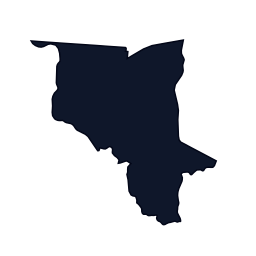 Savanes, Robinson projection, rotated 351°
{"feature_id": "TGO-90", "entity_name": "Savanes", "entity_type": "Region", "adm_level": 1, "iso_a3": "TGO", "parent_name": "Togo", "parent_adm1": "", "projection": "robinson", "projection_center": [0.453, 10.505], "detail": "fine", "context": "isolated", "style": "filled", "palette": "ink", "viewbox_px": 256, "rotation_deg": 351, "n_neighbors": 0, "source": "natural_earth", "source_scale": "10m", "svg_char_len": 2662}
<svg xmlns="http://www.w3.org/2000/svg" viewBox="0 0 256 256"><g transform="rotate(351 128 128)"><path d="M54.9,34.5L52.3,33.8L49.4,32.0L47.1,29.6L46.0,26.9L53.2,28.6L60.5,30.3L77.8,34.3L109.9,41.6L122.2,44.5L138.0,48.1L138.3,48.3L138.5,48.7L138.6,49.2L138.4,49.9L138.3,50.6L138.1,51.2L137.6,51.8L139.8,52.5L138.1,59.3L155.7,52.4L164.6,50.4L178.1,50.1L196.4,49.8L192.8,59.6L192.4,62.8L192.8,64.5L193.9,67.8L194.1,69.5L191.9,74.3L191.7,76.0L191.5,79.7L191.0,81.3L189.2,84.3L181.5,92.5L179.5,97.8L180.6,112.3L180.5,118.6L178.5,127.5L176.5,144.0L176.6,147.7L177.8,150.1L188.4,158.1L201.9,168.2L210.0,174.3L207.5,178.6L206.7,179.3L205.7,180.0L204.8,180.0L201.1,179.3L199.9,179.2L198.5,179.4L197.6,180.0L196.0,181.8L195.2,182.0L194.6,181.7L193.5,180.8L192.7,180.5L189.6,180.2L188.6,180.6L186.0,182.2L183.7,183.9L183.0,184.0L182.4,183.6L182.1,182.9L181.8,182.2L181.4,181.5L180.7,181.1L179.8,180.7L175.5,180.4L173.9,181.1L173.3,181.8L173.2,182.5L173.5,183.3L173.9,185.5L173.5,187.5L172.9,189.1L168.7,195.7L167.3,198.8L166.8,200.6L166.4,202.6L166.3,207.5L166.4,209.0L166.4,209.7L166.2,210.6L165.8,211.6L165.0,212.9L164.6,214.1L164.2,216.1L163.8,217.2L163.6,218.2L163.5,219.2L163.6,220.0L165.3,225.3L165.5,227.3L165.3,228.4L165.1,228.5L163.8,228.2L162.4,228.6L161.6,228.4L160.3,227.6L159.5,227.3L155.1,227.8L153.3,227.8L151.1,228.4L149.5,229.0L148.3,229.1L147.5,228.8L147.0,228.3L145.8,226.4L145.3,225.8L144.7,225.3L143.4,224.6L143.0,224.0L142.5,223.4L142.3,222.6L142.2,221.8L142.3,221.1L142.9,219.8L143.0,219.2L142.7,218.6L142.0,218.4L141.2,218.3L139.9,218.4L137.6,217.9L135.9,217.9L134.8,217.8L134.0,217.4L133.0,216.4L132.3,216.0L129.9,215.6L129.3,215.1L128.9,214.5L128.7,213.7L128.6,212.7L128.8,210.9L128.9,210.0L128.7,209.1L128.3,208.2L126.9,205.6L125.8,204.1L125.0,203.3L125.5,200.6L125.1,197.4L124.0,196.3L122.4,195.9L120.6,194.6L119.2,190.5L120.0,179.1L119.7,173.7L120.8,171.6L121.2,168.9L121.8,166.5L125.3,163.6L122.4,160.9L121.1,160.2L114.9,161.3L112.9,161.3L114.2,158.1L112.7,155.5L110.3,153.1L108.7,150.2L108.9,148.8L109.4,147.1L109.3,145.4L107.9,143.8L106.5,143.4L105.2,143.9L103.9,144.6L102.3,145.1L100.9,144.8L97.2,143.2L96.8,143.7L96.4,144.7L95.8,145.7L94.7,145.8L94.3,145.2L87.2,130.1L84.9,127.5L77.5,122.2L76.3,120.6L74.7,117.1L73.5,115.6L72.3,114.7L67.9,113.0L66.6,112.1L65.7,111.1L64.7,110.3L61.4,109.9L59.8,109.4L58.2,108.5L57.0,107.4L55.5,104.1L55.6,100.7L56.5,96.7L57.0,94.4L57.7,87.7L58.8,84.9L60.8,82.1L63.7,79.9L64.9,78.6L65.2,76.9L64.4,73.7L64.3,72.2L67.4,56.0L68.1,54.5L69.2,53.2L70.4,52.3L71.4,51.2L71.8,49.2L72.2,43.5L71.7,38.6L69.6,34.8L64.9,32.8L62.2,32.8L57.4,34.3L54.9,34.5Z" fill="#0f172a" stroke="#020617" stroke-width="1.5"/></g></svg>